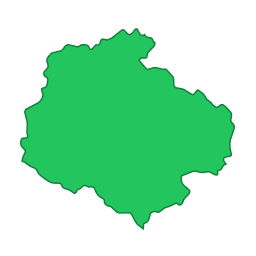 map outline of Vysočina (Albers equal-area conic projection), rotated 184°
{"feature_id": "CZE-1594", "entity_name": "Vysočina", "entity_type": "Region", "adm_level": 1, "iso_a3": "CZE", "parent_name": "Czechia", "parent_adm1": "", "projection": "albers", "projection_center": [15.646, 49.41], "detail": "fine", "context": "isolated", "style": "filled", "palette": "green", "viewbox_px": 256, "rotation_deg": 184, "n_neighbors": 0, "source": "natural_earth", "source_scale": "10m", "svg_char_len": 4093}
<svg xmlns="http://www.w3.org/2000/svg" viewBox="0 0 256 256"><g transform="rotate(184 128 128)"><path d="M231.4,87.5L231.1,89.9L230.5,92.4L228.8,96.7L228.8,97.8L229.2,98.7L233.0,102.5L233.5,103.5L233.8,104.7L234.0,106.1L233.9,107.4L233.7,108.6L233.3,109.6L232.8,110.3L228.6,111.0L228.0,111.5L227.6,112.2L227.6,113.2L228.4,116.1L228.8,125.8L229.1,127.4L231.8,135.6L232.0,137.1L231.8,138.3L231.3,139.4L219.2,146.9L217.5,148.7L216.0,151.1L215.5,152.5L215.2,154.0L215.2,155.3L215.3,156.3L215.5,157.1L216.5,158.9L216.8,159.6L216.8,160.4L216.7,161.1L216.3,161.6L213.3,162.8L212.7,163.4L212.2,164.4L211.5,167.0L211.4,169.7L211.5,170.9L211.9,172.0L212.4,172.8L214.2,173.6L214.9,174.2L215.4,175.0L215.7,175.9L215.7,176.9L215.5,178.1L214.8,179.2L212.9,181.6L212.3,182.7L212.1,183.8L212.1,184.8L212.3,185.7L213.4,188.5L213.7,189.4L213.7,190.4L213.5,191.4L212.5,193.5L209.5,197.3L199.6,200.6L199.1,201.1L196.2,205.4L195.0,206.4L193.6,206.9L183.9,205.4L183.3,205.5L180.8,207.4L179.9,207.8L175.7,208.0L174.1,207.5L173.3,206.9L172.6,206.0L172.0,204.8L171.3,203.8L170.4,203.7L169.3,204.3L165.7,208.8L165.1,208.6L163.8,208.6L163.1,208.9L162.4,209.5L161.9,210.5L161.2,213.5L160.5,214.4L159.6,214.9L154.7,214.4L150.8,216.3L140.6,225.5L139.8,225.6L138.9,225.4L134.7,221.7L133.7,221.3L132.8,221.4L131.9,221.7L130.4,222.9L129.5,224.1L129.0,225.0L127.9,226.7L127.1,227.3L126.3,227.5L125.5,227.0L122.9,222.8L121.8,221.9L120.8,221.4L119.9,221.2L119.0,221.4L118.4,222.0L118.0,223.0L117.9,222.2L117.2,221.1L116.5,220.5L115.9,220.1L114.2,219.7L112.0,219.6L111.0,219.3L110.2,218.7L109.6,217.8L109.0,216.3L108.6,215.8L108.1,215.6L107.7,215.6L107.4,215.5L107.2,215.0L107.1,214.1L107.4,212.4L107.7,211.6L108.3,210.7L112.9,205.3L113.6,203.9L113.9,202.8L114.0,201.3L114.2,200.4L114.5,199.5L114.9,199.2L115.6,199.0L118.7,198.8L119.7,198.6L120.4,198.2L121.0,197.7L121.3,197.2L121.4,196.7L121.1,195.9L120.2,194.7L113.6,188.1L113.0,187.8L112.6,187.7L112.0,187.9L106.5,190.0L104.5,190.2L97.9,189.0L97.3,189.0L95.0,189.4L94.3,189.3L93.8,189.0L87.2,182.6L86.5,181.7L86.0,180.2L85.7,178.3L85.4,174.9L84.9,173.0L84.1,171.9L82.9,171.5L76.1,170.6L74.5,170.2L73.9,169.8L66.6,165.9L65.8,165.8L65.0,166.1L64.3,166.6L61.8,170.3L61.2,170.7L60.6,170.7L55.0,167.0L51.4,162.1L47.4,159.4L44.3,156.3L42.0,155.0L40.8,154.8L39.6,155.3L37.2,157.5L36.0,157.8L34.7,157.7L32.1,156.0L26.9,151.1L26.1,150.0L25.8,148.9L25.6,147.8L26.0,143.4L25.9,142.4L25.7,141.6L25.3,141.1L23.0,138.8L22.4,137.8L22.0,136.4L22.1,134.9L25.1,123.4L25.3,119.4L25.0,115.9L23.0,108.4L23.3,107.6L24.1,107.1L29.0,105.7L30.0,105.0L30.5,104.0L30.5,103.0L30.2,102.0L29.6,101.0L27.7,98.9L28.8,98.4L30.4,97.0L31.0,95.9L31.4,95.0L31.7,94.2L32.1,93.4L32.5,93.0L35.2,91.6L35.6,91.2L35.7,90.6L35.4,89.3L35.3,88.8L35.4,88.3L35.6,87.8L36.0,87.4L36.7,87.3L37.8,87.4L43.3,89.8L44.8,89.9L46.7,89.7L50.0,88.8L54.0,88.9L56.3,89.8L60.2,89.3L71.1,84.1L71.5,81.5L71.1,79.1L70.4,77.3L69.7,76.1L69.0,75.2L62.8,70.5L62.1,69.6L61.9,68.7L62.3,67.2L63.0,66.0L66.1,62.4L67.3,60.7L67.7,59.9L67.9,59.0L68.1,58.1L68.4,57.2L68.8,56.4L69.4,55.7L70.0,55.2L71.1,54.8L71.5,54.8L71.9,54.9L72.4,55.3L73.6,56.1L74.3,56.2L75.0,56.2L75.4,56.1L81.1,52.8L85.9,50.9L90.9,46.5L91.7,46.1L92.2,46.0L93.0,46.3L95.3,46.6L97.1,46.2L98.3,45.7L99.1,45.0L99.6,44.2L99.9,43.3L100.5,39.8L100.7,39.0L101.0,38.1L101.2,37.6L101.6,36.8L102.1,36.1L103.2,35.0L103.6,34.7L105.0,34.2L105.6,33.6L105.8,32.5L105.7,30.3L105.8,28.5L111.8,32.5L114.4,35.6L118.0,41.5L119.4,43.1L120.2,43.5L130.8,42.7L133.2,43.3L139.5,48.3L143.2,49.1L145.1,50.3L145.8,51.2L146.3,52.1L146.6,54.3L147.0,55.0L147.5,55.6L151.1,57.3L153.4,59.1L155.3,61.7L157.4,66.1L160.9,67.0L161.9,66.5L163.1,66.4L165.0,67.2L166.6,67.6L167.8,67.6L169.2,66.7L171.3,64.3L172.0,63.9L173.5,63.4L174.1,62.9L174.6,62.0L175.3,60.3L175.6,59.8L176.2,59.2L177.0,59.2L178.0,59.6L179.9,60.9L181.8,61.9L183.8,62.6L187.0,63.2L188.6,64.1L189.6,65.1L190.0,66.2L190.4,67.1L191.5,67.8L193.0,68.2L196.0,67.9L199.5,68.0L202.3,68.8L206.4,70.9L211.6,74.3L213.5,75.8L214.7,77.3L215.6,78.9L216.6,80.3L218.1,81.4L223.0,83.1L228.7,86.7L231.4,87.5Z" fill="#22c55e" stroke="#15803d" stroke-width="1.5"/></g></svg>